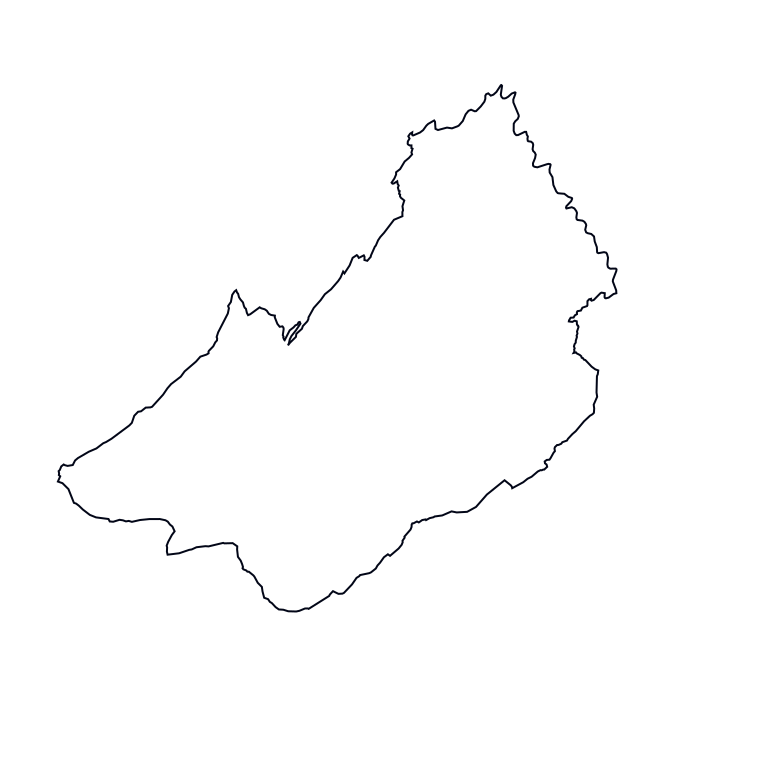 the district of Gjerdrum nor, Akershus, Norway, rotated 314°
{"feature_id": "86288312B13989294808730", "entity_name": "Gjerdrum nor", "entity_type": "district", "adm_level": 2, "iso_a3": "NOR", "parent_name": "Norway", "parent_adm1": "Akershus", "projection": "equal_earth", "projection_center": [11.024, 60.079], "detail": "fine", "context": "isolated", "style": "outline", "palette": "ink", "viewbox_px": 768, "rotation_deg": 314, "n_neighbors": 0, "source": "geoboundaries", "source_scale": "gbopen_adm2", "svg_char_len": 6149}
<svg xmlns="http://www.w3.org/2000/svg" viewBox="0 0 768 768"><g transform="rotate(314 384 384)"><path d="M584.6,229.5L582.2,228.9L579.1,229.4L578.3,231.9L575.1,232.6L573.3,234.1L573.0,234.7L573.4,236.7L574.7,238.0L572.7,239.9L573.1,241.1L569.6,242.9L568.7,244.7L564.0,244.9L558.4,244.3L549.8,246.3L544.7,245.6L543.1,247.2L539.1,248.7L534.1,249.6L534.0,250.9L534.9,251.7L539.0,252.7L537.4,254.8L537.0,256.7L534.9,257.6L533.2,260.5L533.6,261.3L531.3,262.7L531.5,264.0L530.2,265.0L529.7,266.7L530.1,271.1L524.7,273.8L522.2,277.0L520.4,277.8L517.5,280.7L509.1,277.1L492.8,279.0L487.3,279.2L483.3,279.9L477.8,282.0L476.5,282.0L467.2,285.4L466.3,286.1L461.0,286.4L459.6,283.8L462.0,281.6L462.5,280.1L457.2,278.3L457.9,275.8L457.8,274.9L453.0,273.8L445.4,276.9L436.1,278.7L436.5,276.5L430.4,278.8L426.3,279.5L415.4,280.1L407.5,279.1L400.3,280.2L390.0,280.6L379.5,283.4L378.2,284.5L375.8,285.3L369.3,285.4L366.7,286.6L359.2,286.1L356.7,287.9L348.2,287.7L345.1,288.1L347.3,287.3L350.7,285.2L354.2,284.1L361.2,283.4L369.4,282.0L370.1,280.3L369.1,279.7L366.5,280.4L364.7,279.5L361.8,279.6L357.1,278.9L346.5,282.1L346.5,281.3L347.5,279.2L348.3,278.8L348.8,277.3L353.9,273.6L354.7,272.4L354.9,270.9L352.7,269.2L353.2,265.5L356.1,259.1L357.4,258.0L355.2,254.8L354.5,252.4L355.3,248.8L354.9,246.3L353.2,243.1L352.8,241.3L341.2,239.3L339.1,238.4L339.9,236.0L342.2,232.4L342.1,230.8L342.9,228.9L344.7,225.9L345.1,221.9L345.7,219.4L347.6,216.3L347.7,214.8L348.8,212.5L346.7,212.2L342.7,212.9L336.6,216.9L331.8,217.7L330.8,219.8L326.2,222.7L306.0,228.8L301.5,231.0L301.0,232.2L299.3,233.6L296.7,233.7L292.5,235.0L286.2,235.0L285.3,235.3L284.2,236.5L281.9,235.9L276.1,232.9L269.6,233.2L254.6,231.8L248.1,232.7L236.1,230.9L230.5,231.2L222.8,232.5L206.5,233.0L204.9,232.2L201.5,229.0L195.6,228.2L193.2,226.4L187.7,226.4L180.9,229.6L177.3,229.6L155.3,226.0L149.2,224.4L146.4,223.2L137.9,221.9L130.2,218.7L118.2,215.3L114.4,214.9L109.5,216.4L105.3,213.3L103.9,210.8L103.6,209.5L100.5,209.1L97.0,210.5L95.3,210.5L94.0,212.4L92.6,213.4L92.7,215.2L87.3,217.2L89.3,221.6L89.2,230.0L83.1,243.5L84.1,245.6L84.5,249.0L84.5,254.6L85.5,263.3L88.0,269.5L95.5,279.6L94.6,282.2L96.8,284.9L102.6,288.1L104.6,290.9L105.9,293.8L108.2,295.5L109.7,298.4L116.7,303.0L123.9,309.1L131.1,316.5L134.2,321.5L134.8,324.1L134.2,327.7L134.5,330.8L132.6,335.7L128.0,336.3L120.5,338.4L116.7,340.0L115.8,341.5L112.6,344.3L110.9,346.9L119.9,354.2L129.4,359.1L131.4,360.6L136.3,362.5L143.3,368.2L145.3,370.6L158.0,378.7L158.4,379.8L164.4,385.7L165.3,391.2L162.9,393.3L158.2,399.0L157.4,403.6L155.9,407.0L154.4,409.7L153.2,410.2L153.0,411.6L154.2,414.5L154.1,416.1L155.1,417.2L155.6,423.0L155.4,424.6L153.3,431.3L153.2,437.1L150.4,440.7L147.0,446.3L148.7,450.1L148.0,453.2L148.5,455.5L148.2,461.0L148.8,465.0L151.7,468.4L154.0,473.0L159.4,478.9L162.1,480.7L167.6,483.1L169.7,485.2L169.9,486.0L193.5,491.8L194.9,491.3L199.5,491.2L201.4,497.0L204.3,499.7L205.9,500.3L217.6,500.2L225.5,498.9L228.6,499.7L229.9,499.5L237.7,504.8L239.5,505.5L245.6,506.3L248.9,505.4L252.7,505.3L259.3,504.3L264.2,505.1L264.6,507.7L275.8,508.8L280.6,508.4L283.1,507.4L284.1,506.2L287.8,505.6L288.4,504.7L297.7,504.2L300.2,503.2L302.2,501.5L303.5,501.2L304.3,502.0L308.0,503.2L308.6,505.2L312.7,506.0L315.5,508.0L315.3,508.8L319.2,510.0L322.6,512.2L323.8,512.4L329.9,517.2L339.3,521.1L342.1,525.5L349.8,532.6L359.5,535.6L376.0,534.8L398.5,537.6L399.2,545.6L398.9,547.4L398.1,548.6L410.1,552.4L415.6,553.1L419.8,554.6L427.9,555.4L430.7,556.4L431.5,557.4L433.1,558.0L433.7,558.7L437.8,558.9L439.0,556.9L438.8,554.9L439.9,553.4L442.4,553.8L444.5,555.6L446.4,555.3L452.4,553.7L454.4,553.6L456.0,551.5L457.3,550.8L460.4,550.9L461.4,551.9L464.2,553.0L466.0,552.7L470.4,554.9L472.4,554.4L478.8,554.3L483.3,554.7L496.2,553.8L504.2,554.2L507.1,555.0L509.1,555.0L512.4,552.2L514.8,549.2L522.9,546.2L525.5,542.8L537.6,531.7L539.5,531.0L542.6,528.7L541.3,525.8L540.7,521.3L541.1,512.2L540.4,510.9L540.8,509.1L540.2,508.0L541.0,506.6L540.9,504.7L539.9,501.3L540.1,500.2L538.0,498.8L539.8,498.3L540.9,496.8L542.1,496.4L543.0,494.5L545.1,493.4L546.9,493.2L548.5,491.8L551.9,490.1L552.5,489.0L554.7,488.1L555.8,486.4L560.2,484.3L560.8,483.1L560.5,482.8L560.9,481.4L563.0,479.1L561.9,477.1L559.6,476.4L558.7,475.3L557.4,473.5L558.3,472.9L561.3,472.2L563.5,474.2L566.0,473.6L568.3,474.3L569.6,472.9L570.8,472.6L573.6,474.6L576.7,473.7L581.1,475.9L582.0,475.6L584.9,472.8L587.4,472.7L589.0,473.7L588.1,474.3L588.1,475.4L590.1,476.5L599.7,476.6L600.8,477.0L602.7,479.7L599.7,482.3L599.4,483.4L599.8,484.1L602.2,485.6L608.2,486.6L610.7,488.1L612.7,485.9L616.7,477.4L618.0,476.3L626.7,472.6L628.0,471.6L628.0,470.5L624.1,466.6L623.6,464.6L623.8,463.6L625.2,461.6L630.5,457.4L632.4,454.2L632.8,452.6L631.7,450.7L627.1,447.4L626.7,446.4L626.9,445.7L630.3,442.0L632.9,436.6L636.0,432.6L635.9,428.9L634.0,425.8L633.5,424.1L634.7,421.6L638.7,419.2L639.4,418.0L639.9,415.5L639.4,413.3L636.4,409.2L636.4,408.1L637.5,406.6L641.1,404.0L641.9,402.4L642.4,399.9L642.5,398.7L641.6,396.3L637.0,393.3L637.2,392.5L638.6,391.7L645.6,391.6L647.9,390.7L648.3,389.9L646.7,386.6L646.1,381.6L642.6,377.3L642.0,376.3L642.2,374.1L644.8,367.6L649.8,361.5L651.2,356.3L653.3,354.0L657.4,351.6L657.6,350.9L656.6,349.4L655.2,348.5L646.4,343.8L644.7,341.2L644.6,339.6L646.3,337.8L651.5,335.7L654.4,333.8L655.2,331.7L655.2,329.5L656.1,327.8L659.7,325.2L660.6,323.7L660.5,321.5L658.8,319.1L658.8,318.5L660.0,316.9L662.0,315.5L662.5,313.6L664.1,311.1L663.2,310.1L656.2,307.5L654.9,306.3L654.9,304.1L656.2,301.4L661.4,296.5L664.1,295.9L667.6,296.1L670.2,295.0L671.0,294.0L676.4,281.5L678.4,279.4L683.6,277.1L684.9,276.2L684.8,275.6L681.6,274.1L677.0,273.8L674.4,273.1L673.2,272.4L672.1,271.1L672.2,268.9L673.3,267.0L680.5,261.8L680.6,260.8L680.1,260.5L672.1,262.0L668.1,261.7L665.6,260.5L665.5,257.1L663.5,256.2L661.8,256.6L659.5,258.8L656.8,260.1L650.8,260.8L644.3,260.7L643.2,259.8L641.8,256.1L639.2,255.0L634.7,255.4L627.9,258.0L621.9,258.3L620.5,257.9L615.1,255.3L612.2,251.2L604.2,246.4L603.3,243.8L608.1,238.5L608.4,237.0L601.8,235.1L599.3,235.0L593.8,235.8L589.9,235.2L583.2,232.4L582.7,231.8L583.0,230.8L584.6,229.5Z" fill="none" stroke="#020617" stroke-width="2"/></g></svg>